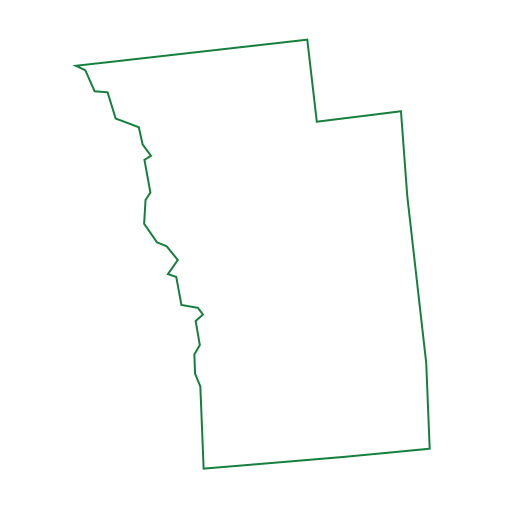 the district of Clinton, Illinois, United States of America, rotated 84°
{"feature_id": "52423323B49787414673276", "entity_name": "Clinton", "entity_type": "district", "adm_level": 2, "iso_a3": "USA", "parent_name": "United States of America", "parent_adm1": "Illinois", "projection": "equal_earth", "projection_center": [-89.453, 38.58], "detail": "fine", "context": "isolated", "style": "outline", "palette": "green", "viewbox_px": 512, "rotation_deg": 84, "n_neighbors": 0, "source": "geoboundaries", "source_scale": "gbopen_adm2", "svg_char_len": 576}
<svg xmlns="http://www.w3.org/2000/svg" viewBox="0 0 512 512"><g transform="rotate(84 256 256)"><path d="M380.3,97.9L212.2,99.3L127.2,96.7L128.6,170.9L128.8,181.5L46.2,182.4L48.0,415.3L53.5,406.3L75.3,399.3L77.7,386.5L104.6,381.2L115.7,359.1L133.2,357.1L145.4,350.0L148.7,356.9L181.9,354.4L188.7,360.0L212.3,363.9L232.1,353.0L237.0,343.8L251.8,334.2L264.8,345.5L268.5,337.5L296.9,335.3L301.5,319.2L308.7,314.9L314.3,322.8L338.7,321.2L347.5,327.6L366.6,328.9L380.0,325.0L462.0,330.3L465.0,188.5L465.8,103.4L380.3,97.9Z" fill="none" stroke="#15803d" stroke-width="2"/></g></svg>